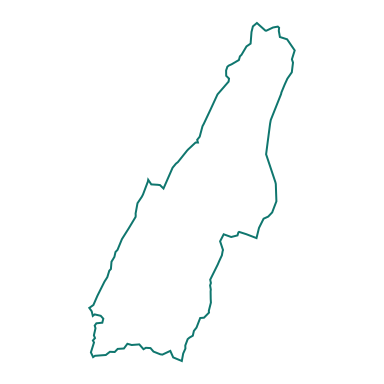 the district of Las Piedras, Puerto Rico
{"feature_id": "32010507B95664633284712", "entity_name": "Las Piedras", "entity_type": "district", "adm_level": 2, "iso_a3": "PRI", "parent_name": "Puerto Rico", "parent_adm1": "", "projection": "natural_earth1", "projection_center": [-65.874, 18.197], "detail": "fine", "context": "isolated", "style": "outline", "palette": "teal", "viewbox_px": 384, "rotation_deg": 0, "n_neighbors": 0, "source": "geoboundaries", "source_scale": "gbopen_adm2", "svg_char_len": 1865}
<svg xmlns="http://www.w3.org/2000/svg" viewBox="0 0 384 384"><path d="M89.3,307.9L91.7,311.3L92.8,315.9L94.7,314.4L100.7,315.8L103.3,318.7L102.3,322.7L96.4,323.3L94.7,325.6L95.5,328.2L93.9,335.4L95.0,338.1L92.9,340.5L94.0,342.5L92.2,348.2L90.9,352.4L93.1,357.1L95.0,355.8L105.8,355.0L109.9,351.8L114.7,352.0L117.7,348.9L123.9,348.5L127.4,343.8L131.7,345.0L139.3,344.4L143.5,349.2L145.9,347.8L150.5,348.1L153.5,351.6L160.3,354.3L162.4,354.6L170.3,350.9L173.2,357.4L181.8,361.0L183.2,353.5L185.4,348.6L185.3,345.5L187.7,339.1L189.5,337.6L192.8,335.7L193.9,330.9L196.5,327.6L200.2,318.0L204.0,317.7L209.0,312.6L208.8,310.9L210.9,302.6L210.7,298.9L210.6,291.4L210.8,289.6L210.1,285.4L210.9,283.0L210.2,279.7L217.7,264.6L219.3,260.9L221.9,255.3L222.6,251.3L223.0,250.0L220.1,241.3L223.7,234.3L231.2,237.0L237.5,235.4L238.4,232.4L239.1,231.9L246.3,234.2L256.5,238.1L259.0,227.9L263.6,218.7L268.2,216.6L272.2,212.4L272.7,211.0L276.4,201.3L275.8,184.0L275.4,182.2L266.1,154.3L267.3,145.0L270.1,123.6L270.8,119.9L281.1,94.0L281.4,92.5L284.7,84.5L287.4,78.6L291.8,72.3L293.0,62.6L291.9,59.3L294.7,50.4L287.1,39.3L279.9,37.0L278.8,30.9L279.1,27.8L277.8,26.6L273.0,27.5L266.3,30.7L265.4,30.6L256.9,23.0L252.9,26.4L251.5,32.0L250.6,43.6L246.5,46.4L241.5,54.8L239.9,56.4L238.9,60.0L231.6,64.3L228.9,65.5L227.4,66.7L226.1,70.5L226.2,75.8L229.0,78.6L228.6,81.6L217.5,94.4L210.4,109.8L203.8,123.8L202.5,126.2L199.7,136.7L197.2,139.8L197.9,142.5L195.6,142.5L188.3,149.3L187.0,150.7L177.9,162.1L175.9,163.7L172.6,167.7L163.5,188.5L160.0,185.1L157.8,184.8L151.3,184.4L148.2,179.8L147.9,181.5L143.0,194.5L141.8,196.8L137.5,203.2L135.6,213.5L135.7,215.2L135.6,216.9L128.7,228.4L122.0,239.0L121.9,239.2L117.5,249.9L115.5,252.0L114.4,256.9L111.5,261.7L110.9,269.0L109.3,270.7L107.3,277.2L104.5,281.6L97.5,295.6L93.4,305.0L89.3,307.9Z" fill="none" stroke="#0f766e" stroke-width="2"/></svg>